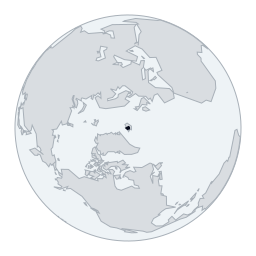 Norðurland vestra on an orthographic globe, rotated 255°
{"feature_id": "ISL-697", "entity_name": "Norðurland vestra", "entity_type": "Region", "adm_level": 1, "iso_a3": "ISL", "parent_name": "Iceland", "parent_adm1": "", "projection": "orthographic", "projection_center": [-19.727, 65.454], "detail": "fine", "context": "on_globe", "style": "filled", "palette": "ink", "viewbox_px": 256, "rotation_deg": 255, "n_neighbors": 0, "source": "natural_earth", "source_scale": "10m", "svg_char_len": 10709}
<svg xmlns="http://www.w3.org/2000/svg" viewBox="0 0 256 256"><g transform="rotate(255 128 128)"><circle cx="128" cy="128" r="113" fill="#eef3f6" stroke="#a8b0b8"/><path d="M36.8,194.1L29.6,181.6L30.5,181.3L29.3,178.2L33.3,179.9L33.0,174.3L31.8,171.6L30.1,171.2L26.7,161.1L26.5,155.0L21.7,123.9L22.4,119.1L24.4,116.0L32.6,95.7L24.5,110.1L25.8,104.4L28.7,97.8L29.4,98.7L34.4,91.2L37.0,85.5L44.9,77.9L55.4,75.5L53.2,78.2L56.0,77.4L59.0,74.1L60.2,72.0L73.8,66.0L84.5,56.8L85.1,52.7L87.1,54.7L86.4,46.2L90.4,41.1L87.6,47.7L88.6,49.0L92.1,45.9L93.9,46.7L96.7,45.6L98.5,46.9L96.7,50.8L97.8,51.7L100.3,49.5L103.7,49.4L99.9,52.5L105.4,52.8L103.4,59.8L91.8,67.7L92.3,73.1L84.7,85.4L87.0,85.4L85.6,90.3L87.8,92.3L85.7,94.1L89.2,94.1L90.7,92.0L92.7,91.3L94.1,92.3L91.7,94.8L90.7,94.7L90.7,96.0L89.0,96.8L90.6,97.0L87.6,100.0L92.7,98.5L92.0,102.2L89.4,103.8L87.1,101.6L75.2,100.4L71.9,101.6L69.6,105.4L70.9,116.6L68.3,118.9L66.8,123.4L69.4,123.0L71.5,119.4L76.0,119.9L78.1,115.5L80.2,115.1L83.4,111.5L85.8,114.3L86.3,119.0L83.8,122.2L84.0,124.4L88.7,123.3L86.2,131.2L88.4,140.1L87.4,141.9L81.4,142.0L75.6,137.0L67.8,137.6L75.7,139.6L73.2,144.5L73.9,146.4L75.7,147.6L77.8,146.7L77.6,148.9L69.6,147.7L69.8,145.6L72.3,146.0L69.5,143.7L64.1,143.2L63.3,145.9L56.1,142.7L55.4,144.6L53.4,145.1L55.1,142.2L52.0,147.4L43.5,145.2L39.2,153.5L40.3,143.6L38.8,139.3L36.6,135.0L35.8,136.3L33.9,129.2L30.3,126.0L26.1,129.6L24.5,136.1L26.8,143.3L28.8,143.1L31.3,147.6L26.7,150.2L30.6,159.5L28.6,162.9L29.3,167.4L32.0,170.9L34.5,176.0L37.3,176.4L41.3,179.5L40.4,183.0L43.4,182.2L45.1,186.2L53.7,193.9L52.8,194.1L59.9,204.1L69.2,211.6L71.3,215.1L70.0,215.7L73.6,217.9L73.6,218.7L89.1,226.4L98.0,230.7L98.5,232.9L92.4,233.0L90.2,234.1L87.3,233.0L79.9,229.8L72.7,226.1L65.8,221.9L59.2,217.2L53.0,212.0L47.2,206.4L41.7,200.4L36.8,194.1ZM53.9,43.2L54.8,42.5L53.0,44.0L53.9,43.2ZM56.1,41.4L55.7,41.8L56.2,41.3L56.1,41.4ZM57.1,40.6L56.4,41.2L57.1,40.6L57.1,40.6ZM58.3,39.6L57.7,40.1L58.3,39.6ZM37.5,155.5L42.0,167.7L38.1,163.1L39.1,163.5L38.2,159.9L36.1,154.3L33.1,150.4L37.5,155.5ZM60.4,38.0L61.0,37.6L60.5,38.0L60.4,38.0ZM42.5,155.5L41.6,153.7L42.7,155.2L42.5,155.5ZM60.5,71.1L58.8,73.9L55.5,76.8L56.7,74.3L60.5,71.1ZM67.1,66.1L66.8,67.6L63.7,68.1L64.8,67.1L67.1,66.1ZM85.1,49.6L83.4,51.5L84.5,49.4L85.1,49.6ZM96.7,45.3L96.7,44.6L98.1,44.4L96.7,45.3ZM81.9,110.3L82.7,110.9L81.7,111.2L81.9,110.3ZM82.6,108.1L81.0,108.1L81.1,107.1L82.1,107.1L82.6,108.1ZM102.3,46.1L104.6,46.1L101.9,46.7L102.3,46.1ZM84.7,108.5L81.4,105.3L81.6,103.6L85.7,102.4L84.7,108.5ZM105.8,46.5L111.6,46.5L111.9,44.8L114.4,49.7L108.6,48.0L105.2,49.1L106.6,47.6L105.8,46.5ZM90.5,90.9L89.0,93.2L89.0,90.4L90.5,90.9ZM90.0,89.3L86.9,82.1L89.7,79.4L90.2,82.3L92.9,78.2L95.8,80.4L95.0,83.2L92.6,84.5L95.5,84.3L90.0,89.3ZM114.8,52.5L115.9,53.1L114.4,53.2L114.8,52.5ZM93.5,90.8L92.6,89.6L95.0,87.1L97.2,89.2L95.7,89.3L93.5,90.8ZM92.1,76.0L94.3,74.6L97.3,76.0L98.6,75.7L96.1,80.2L92.1,76.0ZM95.9,90.4L98.3,90.3L98.4,92.4L94.5,91.9L95.9,90.4ZM94.7,85.6L96.0,84.6L96.0,85.8L94.7,85.6ZM100.3,100.0L99.1,98.4L100.3,97.0L100.3,100.0ZM99.2,90.2L99.1,89.5L99.4,88.8L101.0,89.2L99.2,90.2ZM98.4,80.9L99.2,81.8L99.5,79.1L101.8,80.1L99.7,83.0L101.6,82.2L102.3,82.5L99.8,84.5L98.4,80.9ZM103.6,87.5L101.8,91.6L103.6,94.8L102.6,96.1L99.9,90.8L103.6,87.5ZM101.6,85.5L102.6,87.0L100.9,87.9L99.1,87.4L101.6,85.5ZM104.1,79.8L101.1,77.5L101.7,77.0L104.1,79.8ZM104.5,88.2L104.9,87.2L104.8,88.3L104.5,88.2ZM104.6,82.2L103.5,81.4L104.1,80.8L104.6,82.2ZM106.7,85.9L106.1,87.2L104.8,86.9L106.7,85.9ZM106.0,84.1L107.1,83.4L104.8,86.0L105.4,83.8L106.0,84.1ZM105.4,81.7L105.4,81.1L105.7,82.2L105.4,81.7ZM111.7,86.4L108.9,89.7L106.2,89.0L109.2,85.8L111.7,86.4ZM222.7,66.9L223.1,67.6L223.4,68.2L225.0,70.7L224.1,70.0L227.0,75.2L225.7,73.7L224.9,75.8L228.4,83.5L234.7,98.0L237.3,102.8L238.7,108.7L236.1,109.5L232.8,107.0L233.2,111.0L229.5,114.2L226.9,128.2L225.3,128.4L225.1,131.7L222.3,135.2L219.4,135.0L218.3,138.3L225.6,138.6L226.7,135.1L225.9,129.3L227.9,130.5L230.5,127.5L231.9,139.5L226.1,162.8L223.6,160.0L208.8,158.7L208.1,156.7L207.7,156.4L208.4,160.1L205.1,159.2L215.2,162.8L217.7,165.7L226.1,163.3L225.8,164.9L227.9,163.2L232.1,151.1L232.5,152.5L231.8,163.7L224.2,184.5L224.0,186.8L223.2,188.3L218.1,195.6L212.4,202.6L206.3,209.0L199.6,215.0L192.5,220.4L184.9,225.2L184.2,225.2L188.6,221.5L188.6,220.0L181.8,218.9L183.4,214.5L181.1,214.1L176.6,216.6L173.6,215.9L170.7,217.1L150.9,224.5L143.6,223.1L132.0,215.1L134.7,210.7L133.0,205.5L149.8,181.4L155.8,180.9L171.7,170.7L174.2,170.3L174.9,175.7L189.0,173.4L190.4,167.3L200.6,162.1L205.6,156.2L202.8,146.2L194.5,155.7L190.4,153.3L195.0,142.2L201.9,133.8L200.6,132.6L194.1,134.7L193.4,129.6L191.5,135.1L193.9,135.2L192.8,138.7L190.6,138.9L190.4,137.0L187.7,138.8L189.1,147.4L191.6,148.4L185.9,155.5L189.7,158.0L188.9,161.3L182.3,158.4L181.2,156.1L170.7,154.6L171.2,157.6L181.2,159.3L179.1,160.3L180.0,164.7L177.6,162.0L166.6,159.6L159.9,165.0L155.3,178.4L150.6,180.9L144.9,180.4L142.8,169.8L153.5,165.4L152.9,161.8L147.4,158.2L151.1,157.2L150.2,155.3L154.0,153.4L156.0,146.6L159.3,144.2L157.0,137.7L158.3,135.7L159.3,140.1L161.8,141.9L169.6,136.0L170.2,133.7L168.0,130.0L170.5,129.0L167.4,126.2L170.4,121.2L164.2,125.0L161.5,121.0L161.6,116.0L159.6,115.4L159.5,123.6L160.4,126.3L163.0,127.4L164.6,135.6L162.6,138.5L156.7,132.7L153.2,136.3L150.1,130.4L152.4,111.6L155.0,105.9L165.7,104.0L166.9,107.3L163.6,109.6L169.5,110.8L167.7,109.1L169.7,108.2L167.6,104.4L169.0,103.7L164.7,101.3L166.1,100.0L168.8,101.5L166.9,94.9L169.0,91.3L168.0,90.2L166.2,90.0L170.0,85.8L169.1,85.1L167.5,86.3L164.5,85.8L160.9,83.4L162.4,82.1L163.9,82.8L169.4,82.3L173.2,84.4L173.5,83.6L170.5,81.5L163.8,82.0L161.2,81.0L164.2,80.2L162.9,80.4L162.0,79.5L162.6,77.3L159.2,78.0L147.9,70.0L147.9,65.3L151.8,65.4L145.5,58.9L146.0,54.3L144.5,55.3L140.5,53.1L140.3,54.5L139.3,54.9L128.8,50.2L127.5,48.2L121.4,47.7L120.6,48.2L121.2,49.7L114.4,49.7L111.9,44.8L113.8,43.7L111.0,41.5L115.6,39.5L118.1,36.9L124.8,36.2L126.2,34.3L124.9,33.7L125.9,30.8L132.3,27.3L132.7,32.9L124.2,39.4L128.1,36.9L128.9,38.3L131.3,38.0L134.0,36.3L133.3,35.5L146.0,37.8L155.6,36.2L150.9,33.9L150.3,31.6L157.2,28.6L174.8,31.8L174.2,29.5L175.7,29.4L179.7,31.3L177.6,31.5L179.5,33.5L177.8,33.5L183.4,36.8L181.1,36.9L186.7,39.6L187.1,38.5L182.9,35.4L188.7,37.9L187.5,35.1L189.9,35.3L200.6,42.4L207.7,49.0L208.7,49.8L210.2,51.8L214.2,56.0L213.6,54.8L222.7,66.9ZM146.9,193.5L147.1,195.3L146.9,193.5ZM211.3,128.7L214.1,122.7L209.3,120.5L210.0,118.1L208.1,118.3L208.9,120.4L203.8,120.3L203.7,116.1L201.6,114.6L200.5,116.6L201.5,124.3L208.8,124.4L209.7,127.8L211.3,128.7ZM54.0,194.1L54.9,195.7L53.5,194.5L54.0,194.1ZM36.9,164.0L38.2,165.9L38.6,167.5L37.5,166.2L36.9,164.0ZM49.4,178.9L51.2,181.1L49.0,179.5L49.4,178.9ZM42.9,169.4L47.9,177.3L43.8,174.4L40.7,169.4L43.2,172.0L42.9,169.4ZM40.5,157.0L41.1,158.4L40.5,158.8L40.5,157.0ZM43.3,156.6L42.9,156.2L42.9,155.0L43.3,156.6ZM73.6,144.6L74.2,144.8L75.8,146.3L74.5,146.3L73.6,144.6ZM86.2,149.2L85.5,152.7L85.1,150.1L83.1,150.7L79.8,146.1L86.8,142.7L84.2,145.0L86.2,149.2ZM77.3,139.2L78.6,142.4L76.9,139.1L77.3,139.2ZM141.6,146.9L143.9,147.5L144.0,150.3L139.8,153.6L139.6,149.7L141.6,146.9ZM147.1,147.8L142.5,141.4L144.9,139.1L144.3,141.4L146.4,140.6L146.0,144.2L152.9,148.5L153.4,151.2L145.4,155.8L147.7,152.7L145.3,152.2L147.1,147.8ZM126.3,130.0L124.3,127.6L132.1,125.9L133.0,128.4L128.9,131.8L125.4,130.9L126.3,130.0ZM92.4,107.1L91.1,106.5L91.8,105.7L93.4,105.6L92.4,107.1ZM99.6,99.4L98.6,109.0L97.1,108.8L98.3,114.8L94.8,116.6L94.2,112.6L92.4,118.6L90.4,115.7L89.6,119.9L88.5,110.8L86.6,108.5L90.0,110.3L93.3,108.7L94.1,107.3L95.2,101.8L92.8,96.3L95.6,93.9L98.3,93.7L99.3,94.6L97.1,95.8L100.0,96.3L97.7,98.8L99.6,99.4ZM127.7,94.6L124.8,95.2L130.2,97.1L127.9,99.4L128.7,99.5L128.0,102.1L128.6,105.5L127.1,106.2L127.9,107.2L127.5,109.0L128.2,110.7L125.8,112.5L126.5,114.8L125.0,114.4L126.7,117.8L124.4,116.1L123.6,118.4L126.2,118.8L111.9,125.4L107.7,129.7L105.5,134.2L101.8,131.0L101.6,124.7L103.4,117.7L108.0,114.1L105.5,113.4L107.0,111.5L108.3,112.9L107.1,109.6L108.7,108.5L110.3,102.6L107.6,98.8L108.1,96.7L110.0,97.6L109.2,94.8L113.1,95.1L113.6,93.6L117.8,92.4L121.1,95.2L121.4,93.3L124.7,92.4L127.7,94.6ZM112.9,86.2L117.4,88.8L118.3,91.3L110.5,92.3L109.5,93.6L104.5,94.5L103.3,90.8L104.8,90.9L106.0,90.1L105.9,91.6L106.9,89.8L109.1,89.9L110.4,88.6L111.5,89.8L112.9,86.2ZM175.3,167.2L176.9,166.5L179.1,164.8L179.6,167.6L175.3,167.2ZM167.8,165.7L169.0,164.6L170.9,167.6L169.2,168.5L167.8,165.7ZM168.1,161.5L168.9,164.3L167.5,163.3L168.1,161.5ZM160.3,138.9L161.4,137.6L162.1,138.2L162.2,140.0L160.3,138.9ZM143.4,101.2L141.6,101.0L141.5,100.2L138.2,97.9L139.6,96.1L142.2,96.8L143.4,101.2ZM202.3,149.3L201.8,152.6L200.6,152.7L201.0,151.6L202.3,149.3ZM190.9,161.1L194.2,159.6L191.0,161.9L190.9,161.1ZM144.5,98.8L142.9,98.0L144.6,97.6L144.5,98.8ZM140.5,94.7L142.3,93.9L139.4,95.6L140.5,94.7ZM237.3,102.7L237.7,102.7L238.3,105.3L237.3,102.7ZM209.7,50.5L211.7,52.8L211.3,52.5L208.4,49.4L209.7,50.5ZM191.8,35.8L193.5,36.6L194.5,37.2L194.6,37.5L191.8,35.8ZM154.8,83.4L157.8,88.6L161.0,91.4L164.3,91.3L160.9,93.7L156.1,89.5L154.8,83.4ZM148.6,71.8L145.7,72.0L146.0,70.6L146.7,70.3L148.6,71.8ZM147.5,72.9L145.7,75.7L143.4,75.0L145.3,72.9L147.5,72.9ZM145.2,87.1L146.0,88.8L144.6,89.0L145.2,87.1ZM171.4,26.1L170.9,26.4L168.3,25.3L169.4,25.4L171.4,26.1ZM159.5,22.3L167.5,25.1L173.7,27.7L172.7,26.9L175.7,27.5L176.3,28.8L170.6,26.9L166.2,25.0L163.8,24.9L159.5,23.8L157.8,24.6L155.4,24.3L155.5,23.1L159.5,22.3ZM157.3,25.1L152.8,26.5L148.8,24.5L148.9,23.8L152.6,23.9L154.5,24.9L157.3,25.1ZM150.5,26.3L152.3,27.3L149.5,32.4L147.9,33.1L147.9,27.9L149.6,28.7L151.0,27.8L150.5,26.3ZM116.5,52.2L115.9,53.0L115.5,52.1L116.5,52.2ZM139.2,55.7L137.8,56.0L137.3,54.9L139.2,55.7ZM133.5,56.3L135.0,57.3L132.8,56.8L133.5,56.3ZM138.6,59.7L135.4,58.0L139.3,58.8L138.6,59.7Z" fill="#d9dde1" stroke="#a8b0b8" stroke-width="1"/><path d="M126.9,128.5L126.9,128.4L126.9,128.2L127.0,128.1L127.0,127.9L127.0,127.7L127.3,127.6L127.3,127.8L127.3,127.7L127.3,127.8L127.4,127.7L127.5,127.7L127.5,127.8L127.5,127.7L127.6,127.4L127.5,127.2L127.5,126.9L127.4,126.9L127.5,126.8L127.4,126.8L127.5,126.7L127.8,126.8L127.8,127.0L128.0,127.2L128.0,127.3L128.2,127.5L128.2,127.4L128.3,127.4L128.3,127.2L128.2,127.2L128.2,126.9L128.3,126.9L128.2,126.9L128.3,126.8L128.4,126.7L128.4,126.8L128.5,126.8L128.5,126.7L128.5,126.8L128.5,126.7L128.6,126.8L128.7,127.0L128.6,127.3L128.7,127.5L128.8,127.5L128.7,127.5L128.7,127.8L128.8,127.8L128.8,128.0L128.9,128.3L129.0,128.3L129.1,128.5L129.1,128.8L129.1,129.0L128.7,129.2L128.5,129.3L128.3,129.3L128.1,129.4L127.8,129.3L127.8,129.2L127.7,129.0L127.4,129.0L127.2,129.1L127.0,128.9L126.9,128.9L126.9,128.7L126.9,128.5Z" fill="#0f172a" stroke="#020617" stroke-width="1.5"/></g></svg>